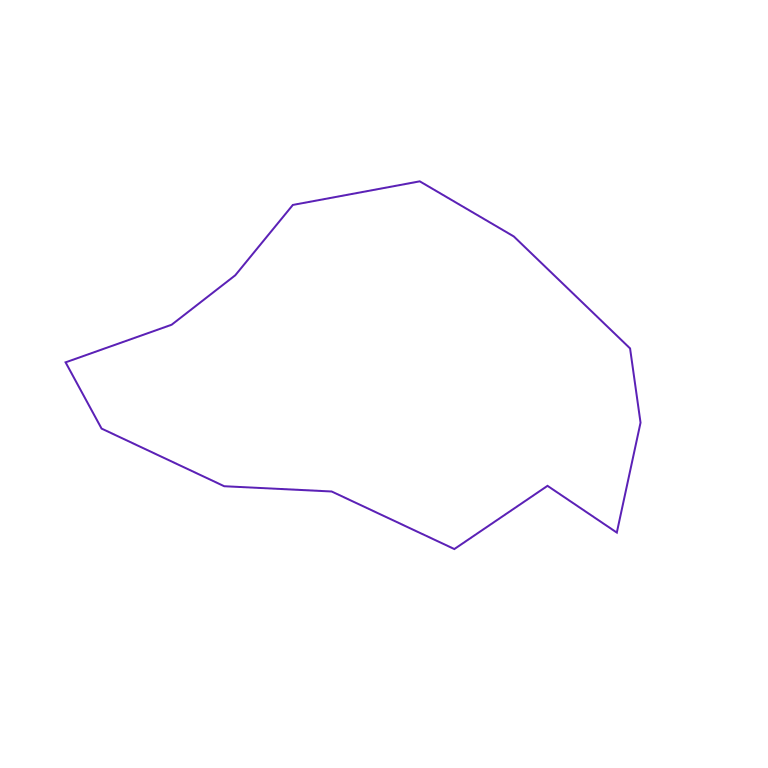 the border of Għargħur, rotated 124°
{"feature_id": "MLT-5932", "entity_name": "Għargħur", "entity_type": "state/province", "adm_level": 1, "iso_a3": "MLT", "parent_name": "Malta", "parent_adm1": "", "projection": "robinson", "projection_center": [14.455, 35.919], "detail": "fine", "context": "isolated", "style": "outline", "palette": "violet", "viewbox_px": 768, "rotation_deg": 124, "n_neighbors": 0, "source": "natural_earth", "source_scale": "10m", "svg_char_len": 346}
<svg xmlns="http://www.w3.org/2000/svg" viewBox="0 0 768 768"><g transform="rotate(124 384 384)"><path d="M286.5,559.7L196.0,467.7L189.1,358.9L216.9,199.9L272.6,149.7L377.0,107.9L377.0,191.5L481.5,233.4L502.4,367.3L558.1,459.3L578.9,593.2L544.1,660.1L453.6,593.2L377.0,568.1L286.5,559.7Z" fill="none" stroke="#5b21b6" stroke-width="2"/></g></svg>